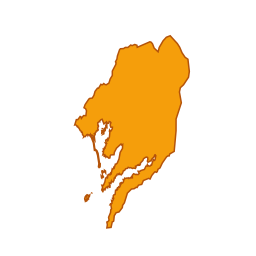 Djúpavogshreppur, Austurland, Iceland (Robinson projection), rotated 110°
{"feature_id": "244011B85487583844878", "entity_name": "Djúpavogshreppur", "entity_type": "district", "adm_level": 2, "iso_a3": "ISL", "parent_name": "Iceland", "parent_adm1": "Austurland", "projection": "robinson", "projection_center": [-14.412, 64.651], "detail": "fine", "context": "isolated", "style": "filled", "palette": "amber", "viewbox_px": 256, "rotation_deg": 110, "n_neighbors": 0, "source": "geoboundaries", "source_scale": "gbopen_adm2", "svg_char_len": 6088}
<svg xmlns="http://www.w3.org/2000/svg" viewBox="0 0 256 256"><g transform="rotate(110 128 128)"><path d="M26.9,119.9L29.6,123.0L33.9,124.8L41.6,126.2L46.1,125.8L44.0,130.7L40.6,133.7L39.5,135.5L39.5,136.9L49.0,146.9L47.2,147.9L47.2,150.2L49.2,152.3L49.1,153.8L52.3,155.6L53.2,158.1L54.9,159.4L56.1,162.2L57.3,162.7L63.9,162.6L67.0,162.0L70.1,162.4L70.7,161.6L72.4,161.2L79.9,162.2L84.0,160.7L88.0,161.5L92.3,161.3L94.8,163.2L95.0,164.5L94.5,166.0L96.0,166.7L96.4,167.6L96.2,168.4L100.7,169.3L101.0,170.3L104.8,171.5L108.9,171.2L112.1,171.8L113.3,174.1L114.2,174.7L120.6,176.3L124.0,176.3L124.3,174.5L126.0,172.9L130.8,171.8L131.5,174.0L134.9,175.1L133.6,176.0L133.5,176.9L137.3,178.0L137.8,179.4L143.2,179.1L142.8,178.7L143.5,176.7L144.0,176.4L143.7,175.8L144.3,175.5L145.0,173.9L146.8,172.0L147.1,170.7L147.9,170.3L147.7,169.6L149.8,168.4L150.8,166.7L151.6,166.6L151.0,166.3L150.8,165.3L148.3,164.4L147.9,163.8L148.8,163.1L148.0,163.0L147.7,162.3L149.5,159.2L153.7,155.5L160.5,151.9L160.1,151.1L160.8,149.7L164.0,147.3L171.4,143.2L174.6,142.5L175.1,141.6L174.1,140.9L171.0,141.9L170.5,142.9L162.0,147.5L159.9,149.5L158.9,152.1L153.1,155.1L151.6,156.8L149.7,158.2L147.4,161.1L146.8,161.1L147.2,160.7L147.0,159.7L147.3,158.4L150.0,156.5L151.0,155.0L147.2,156.9L145.0,156.7L144.4,157.0L144.6,157.5L143.1,156.7L141.9,156.8L140.3,155.9L140.7,155.6L140.0,155.3L138.4,156.5L136.4,156.3L135.7,156.8L135.9,157.2L133.4,158.2L132.0,157.4L131.8,156.7L131.2,157.1L129.5,156.3L128.6,155.3L132.4,152.0L129.5,150.3L130.7,149.5L130.3,149.1L130.5,148.3L130.1,147.8L128.3,147.9L128.3,146.8L128.8,145.9L131.2,145.8L133.1,144.5L132.6,142.9L134.3,142.5L136.7,143.0L137.2,143.5L136.2,144.5L136.7,144.5L137.7,144.2L137.8,143.7L142.8,142.4L144.6,142.6L144.6,143.3L146.6,142.5L146.9,142.6L145.7,143.8L147.1,144.8L149.0,143.8L149.8,142.7L150.4,142.9L150.3,143.5L150.7,143.0L152.5,142.7L153.0,143.1L154.6,142.7L154.6,143.4L156.0,143.1L156.1,144.0L157.9,143.0L158.6,143.7L159.4,142.7L161.4,142.5L160.9,142.2L161.1,141.5L162.8,140.7L162.6,139.8L161.8,139.9L162.2,139.5L162.1,138.9L162.8,138.7L162.0,138.2L162.9,135.6L162.3,134.8L160.2,135.2L159.1,134.8L157.9,132.0L155.5,132.5L150.8,131.9L145.4,129.1L146.2,128.0L145.3,127.4L149.1,126.2L153.6,127.0L160.0,125.9L164.7,126.1L166.3,127.0L166.3,127.5L170.2,127.3L169.8,127.9L171.2,127.9L172.3,128.5L172.1,128.8L177.1,128.1L177.4,128.4L176.8,129.0L178.3,129.0L177.9,130.0L179.0,130.8L181.6,130.3L181.2,131.0L182.0,131.1L182.7,131.9L186.6,131.3L190.3,131.5L191.0,132.0L190.5,132.3L190.7,133.0L192.4,131.6L195.2,131.5L195.5,131.1L194.5,130.7L195.4,130.2L195.9,130.5L196.9,129.3L196.1,130.0L194.3,130.0L193.1,129.1L193.0,128.4L191.3,128.3L190.5,127.5L191.0,126.7L189.5,126.8L189.2,125.8L190.4,124.5L188.0,125.3L187.9,125.8L186.2,126.6L186.4,125.8L187.0,125.6L185.6,126.0L185.2,125.7L185.5,125.1L183.8,125.3L184.3,124.9L183.8,124.6L183.9,123.6L181.9,123.3L179.7,123.8L179.2,123.5L179.3,123.0L177.8,123.2L176.6,122.6L176.9,121.8L176.2,122.5L175.1,122.4L174.5,121.4L174.8,121.0L173.7,120.6L174.4,119.8L174.1,119.6L174.4,118.4L172.5,117.7L169.6,117.7L169.1,116.7L167.1,116.3L166.1,114.7L164.9,114.4L164.9,112.7L164.3,111.9L164.5,110.0L163.7,109.0L163.5,107.2L162.0,107.1L161.4,107.9L159.9,106.4L159.0,104.2L158.4,104.2L158.4,105.0L157.7,104.0L156.6,104.3L153.4,102.9L151.6,102.9L149.6,101.5L148.9,100.4L149.0,99.5L150.5,98.6L152.5,98.5L153.2,97.8L153.1,97.2L151.2,95.7L151.1,95.1L149.3,95.1L146.2,93.7L144.1,93.6L143.9,93.2L144.5,92.4L148.6,91.7L149.5,92.2L149.0,93.4L154.7,93.2L154.6,93.6L156.0,94.1L156.6,95.0L156.4,96.0L156.9,96.3L155.8,97.3L157.2,97.3L157.7,98.1L161.3,98.4L163.6,101.4L164.4,101.7L165.2,103.7L166.8,101.9L168.4,102.7L168.7,104.4L169.1,104.6L169.1,107.1L171.1,107.8L173.3,106.8L173.6,107.4L172.8,108.1L174.7,109.0L174.5,110.2L175.3,110.4L175.2,111.7L176.4,113.2L176.2,113.9L178.1,114.1L178.2,114.8L179.1,114.0L180.8,114.0L181.6,114.4L181.5,115.4L182.7,115.4L182.5,116.0L183.8,115.7L183.5,116.3L185.9,115.5L186.8,115.9L186.5,116.7L187.4,116.8L187.7,117.4L189.1,116.7L189.8,116.9L189.6,117.8L190.5,117.7L190.8,118.4L194.9,117.4L195.6,118.4L197.0,118.7L199.3,117.3L201.8,117.6L201.7,118.6L204.1,117.3L205.2,117.7L205.2,118.5L206.2,118.6L205.9,118.1L206.3,117.7L209.6,115.8L210.8,116.2L213.4,115.5L218.6,115.7L221.1,114.3L222.7,114.8L223.6,115.7L226.0,114.3L229.1,113.7L227.2,109.9L221.6,110.7L220.7,109.7L220.0,109.7L215.2,110.9L211.7,110.2L209.9,107.7L204.8,106.1L202.5,106.6L199.5,105.8L189.4,106.3L184.2,103.9L182.9,101.4L180.9,100.0L180.8,99.1L178.1,98.6L176.3,95.8L172.1,95.6L168.3,91.4L168.4,89.8L164.4,89.4L160.4,88.0L159.8,87.5L160.0,86.3L159.1,85.6L156.5,85.7L154.6,84.3L149.2,83.8L141.9,81.9L140.5,80.9L140.2,79.8L138.1,79.9L134.2,76.6L114.2,81.9L103.1,85.9L86.1,86.5L76.6,92.0L72.2,92.6L68.4,90.6L59.6,88.5L53.9,89.7L42.9,95.2L42.0,98.6L38.8,103.0L34.5,107.0L31.8,110.5L26.9,119.9ZM209.1,141.7L210.1,141.3L208.0,141.8L207.6,141.2L204.9,141.5L204.7,143.2L206.3,143.4L205.4,144.0L206.2,144.4L207.4,143.8L206.8,144.5L207.3,144.7L209.4,144.5L211.0,143.3L210.0,142.9L211.0,142.7L210.5,142.4L210.7,141.9L209.1,141.7ZM141.8,150.9L138.2,148.5L137.5,148.9L136.2,148.7L135.7,149.3L136.4,149.4L136.4,150.0L139.2,150.3L139.4,151.0L138.9,152.3L139.4,151.6L141.8,150.9ZM134.4,149.0L134.7,148.0L130.8,149.6L133.6,149.7L134.4,149.0ZM177.8,133.7L176.1,134.4L175.8,135.4L177.1,134.6L177.8,133.7ZM182.9,135.4L182.9,134.5L182.4,134.3L181.5,135.3L182.9,135.4ZM184.1,135.4L183.1,135.4L182.4,136.6L183.9,135.8L184.1,135.4ZM204.7,141.5L205.3,141.3L205.4,140.9L204.1,141.1L204.7,141.5ZM176.4,137.9L178.2,137.6L178.4,137.4L177.8,137.2L176.4,137.9ZM207.8,140.8L208.6,140.9L208.9,140.7L207.8,140.8ZM177.0,136.0L177.5,136.2L178.3,135.4L177.0,136.0ZM141.1,148.9L142.2,149.2L141.7,148.7L141.1,148.9ZM179.6,136.5L179.0,136.4L178.3,136.9L179.0,136.8L179.6,136.5ZM198.8,119.0L199.3,118.6L199.5,118.3L199.2,118.4L198.8,119.0ZM137.9,152.0L137.2,151.8L136.8,152.0L137.9,152.0ZM193.9,128.5L194.5,128.3L194.6,128.2L193.9,128.5ZM200.9,140.0L201.4,140.0L201.6,139.9L200.9,140.0ZM201.6,139.7L201.9,139.6L201.2,139.6L201.6,139.7Z" fill="#f59e0b" stroke="#b45309" stroke-width="1.5"/></g></svg>